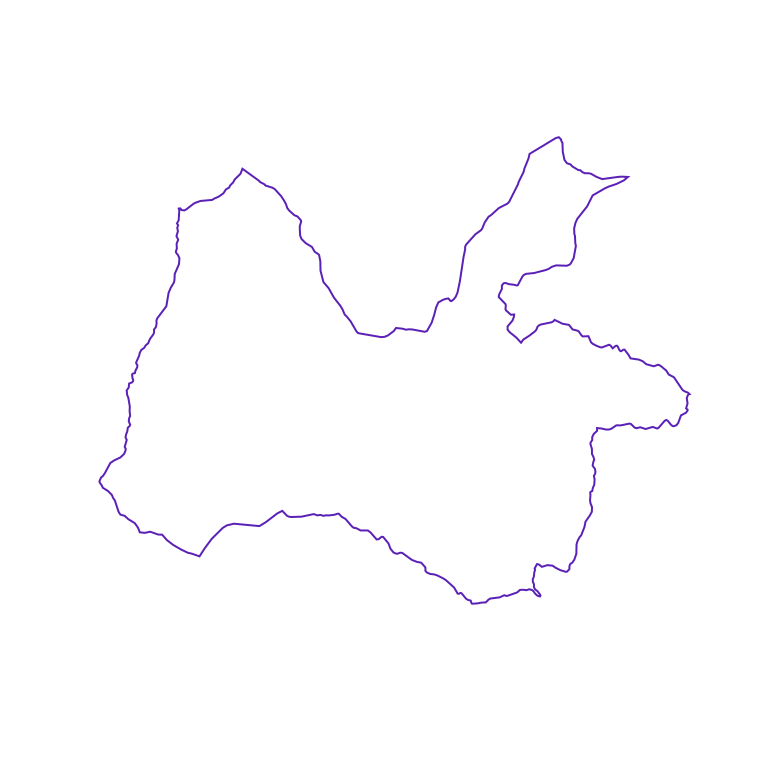 Atahualpa, El Oro, Ecuador, rotated 169°
{"feature_id": "8360857B45777368126824", "entity_name": "Atahualpa", "entity_type": "district", "adm_level": 2, "iso_a3": "ECU", "parent_name": "Ecuador", "parent_adm1": "El Oro", "projection": "orthographic", "projection_center": [-79.756, -3.557], "detail": "fine", "context": "isolated", "style": "outline", "palette": "violet", "viewbox_px": 768, "rotation_deg": 169, "n_neighbors": 0, "source": "geoboundaries", "source_scale": "gbopen_adm2", "svg_char_len": 6152}
<svg xmlns="http://www.w3.org/2000/svg" viewBox="0 0 768 768"><g transform="rotate(169 384 384)"><path d="M334.0,150.8L330.1,150.8L325.7,150.2L322.7,152.3L320.7,153.1L311.2,152.5L306.2,153.7L304.3,152.6L303.3,152.5L293.0,154.0L289.9,155.9L287.1,155.6L283.4,154.4L280.7,154.8L278.3,153.7L277.0,152.4L275.7,149.5L274.4,147.7L273.4,146.6L271.3,145.7L270.8,146.5L270.9,147.3L272.9,151.4L274.5,153.1L275.3,154.6L275.5,156.3L275.0,158.8L275.6,161.2L275.3,163.7L273.7,166.3L272.3,170.7L271.1,172.8L271.4,174.1L268.2,178.0L266.3,177.2L263.9,174.4L258.1,175.0L253.2,173.5L250.4,170.7L246.4,167.6L241.3,164.9L240.1,164.9L237.3,166.9L236.8,169.6L235.9,171.3L235.0,172.1L233.4,172.6L230.8,175.1L227.6,180.6L225.6,189.8L223.8,193.2L221.1,196.5L219.4,197.7L214.5,205.4L212.5,210.4L207.1,215.6L204.4,218.8L203.3,223.4L204.1,227.8L203.9,230.7L202.5,235.7L202.4,237.6L201.9,238.7L200.0,239.2L198.8,242.2L196.9,244.9L195.5,249.9L195.5,253.7L193.8,255.7L193.2,257.5L193.1,260.4L194.8,264.0L193.2,268.0L192.1,269.4L192.3,272.3L193.2,275.7L192.3,280.6L192.8,286.0L192.4,287.1L190.3,289.2L189.8,292.0L187.7,294.9L183.7,297.4L183.3,300.1L179.2,298.9L174.7,296.9L171.8,296.4L169.4,296.7L163.8,299.1L159.5,298.2L150.6,298.3L149.1,297.5L146.4,293.5L144.7,292.5L140.6,292.6L135.8,289.9L128.4,290.6L124.4,288.2L122.7,288.7L115.4,294.4L113.7,294.8L112.5,293.8L110.0,289.1L108.6,287.6L107.7,287.3L104.9,287.7L102.7,289.5L98.5,296.5L93.0,298.2L91.0,300.1L90.9,301.0L92.1,302.4L89.7,307.1L89.5,312.4L87.9,315.0L86.7,315.8L86.1,315.8L87.3,317.5L90.7,319.7L92.2,321.4L98.1,335.3L102.7,339.0L104.3,343.2L108.5,348.4L110.1,350.0L111.6,350.6L115.7,349.9L122.8,353.4L125.6,356.9L129.1,359.3L137.1,362.1L138.3,365.7L141.3,371.8L142.6,372.0L144.8,371.0L145.6,371.1L146.5,372.6L147.5,376.5L148.2,377.2L149.3,377.2L152.7,375.4L154.3,378.5L155.6,379.6L163.0,378.3L164.7,378.8L168.4,381.2L171.5,383.7L172.8,385.4L174.2,391.9L179.9,392.8L181.0,394.3L182.8,398.5L184.2,399.6L188.5,401.6L191.1,406.7L197.3,409.1L204.3,414.4L205.8,413.2L207.9,412.6L218.6,412.5L220.7,412.0L222.3,411.0L224.1,408.2L225.9,406.8L231.9,403.8L238.6,401.1L241.6,398.4L245.3,404.4L250.7,410.8L252.3,413.7L251.7,417.0L245.8,421.7L243.7,425.1L243.0,427.4L246.3,427.8L250.1,432.9L250.5,434.2L249.4,438.0L249.5,439.3L254.8,447.5L253.7,450.2L250.1,454.9L249.5,458.2L247.4,460.0L245.4,460.0L242.4,458.2L237.9,456.8L234.7,455.3L233.8,455.5L227.5,463.2L226.1,464.3L223.5,465.0L215.7,464.3L203.5,465.0L200.3,465.6L196.9,467.0L192.4,467.6L182.0,465.2L178.9,465.8L177.4,467.0L173.8,471.4L169.3,482.9L169.3,486.1L168.3,492.9L168.5,495.0L167.7,500.4L165.2,505.8L162.7,509.3L150.8,519.5L143.2,529.3L129.9,533.9L125.8,534.9L117.6,536.0L109.7,538.1L105.1,540.7L111.1,542.2L114.4,542.6L130.7,543.5L135.8,546.7L140.6,550.8L142.4,551.7L146.7,552.6L148.8,554.1L150.4,556.3L152.4,556.9L157.8,561.8L158.8,563.8L162.3,565.8L164.1,569.7L164.2,577.8L162.8,586.7L163.6,588.8L163.5,590.2L165.3,592.9L168.6,592.6L197.2,582.1L199.2,577.7L205.1,568.6L206.6,565.4L213.3,556.6L214.5,554.3L226.5,538.8L228.5,537.5L237.7,534.8L247.0,529.2L249.4,528.3L254.3,523.4L258.1,517.6L259.8,516.3L265.8,513.5L277.0,505.0L278.3,502.9L278.6,500.8L281.6,493.7L289.9,470.4L294.4,459.7L297.0,455.9L299.6,453.7L302.1,452.5L302.9,452.9L304.5,455.7L306.7,455.8L310.1,455.4L315.1,453.7L318.2,449.3L321.3,442.7L325.6,435.0L331.7,427.8L334.1,427.5L345.7,432.1L349.3,433.0L352.0,433.1L355.4,434.8L361.5,436.7L364.3,434.1L370.9,430.9L374.4,430.2L377.7,430.5L398.8,438.5L400.1,439.3L401.1,441.2L404.7,451.6L408.0,457.9L409.3,459.5L410.6,465.6L412.0,469.2L416.6,478.2L420.1,488.7L424.0,495.6L424.7,507.4L423.1,516.5L423.1,522.9L423.5,523.8L426.8,527.0L428.6,532.3L434.0,537.2L437.3,542.1L438.0,545.6L437.0,552.8L436.5,555.1L434.4,559.1L434.3,560.5L437.0,565.0L439.8,566.8L444.1,572.5L445.4,575.3L445.9,579.2L447.0,582.8L449.1,588.0L454.0,596.1L456.1,598.0L462.6,601.5L463.0,602.6L467.3,606.1L467.8,607.2L481.9,622.3L484.8,617.7L491.6,613.2L493.6,610.7L497.1,608.3L498.5,606.4L502.0,605.2L505.3,601.8L510.4,599.5L515.2,598.4L517.6,597.5L529.2,598.7L534.5,597.9L536.3,597.4L544.6,593.2L546.9,592.5L549.5,593.4L550.5,595.3L552.0,595.4L551.8,593.5L554.3,583.9L556.6,581.1L555.8,579.2L557.2,576.6L557.1,573.4L559.5,568.8L558.5,564.9L560.8,561.3L561.5,556.5L563.1,553.6L562.9,552.2L561.6,549.8L560.8,546.5L562.4,540.7L568.4,532.0L569.9,525.9L570.9,523.7L575.1,519.0L578.1,514.5L582.8,501.9L594.2,491.6L595.3,489.6L595.7,486.7L596.6,484.4L597.3,483.1L599.3,481.5L599.9,478.4L601.0,476.7L605.3,472.7L607.7,469.0L610.4,467.5L612.7,465.1L615.7,463.8L617.8,461.2L619.0,458.4L623.1,452.6L623.3,451.7L622.5,449.5L623.1,447.4L625.4,444.6L626.5,442.2L628.8,442.1L629.5,441.3L629.8,437.8L629.4,435.7L629.7,434.9L630.9,433.7L634.1,433.1L635.3,429.2L637.8,426.8L638.2,422.2L637.6,419.3L637.8,410.5L638.9,405.9L639.3,401.1L640.8,398.8L641.7,395.9L640.9,392.5L641.6,391.4L643.8,390.0L645.2,386.1L646.7,383.9L647.7,381.6L647.9,380.6L647.2,378.2L650.5,371.8L649.9,369.5L650.6,367.7L652.4,365.0L656.8,362.2L663.4,360.5L667.7,358.7L674.9,349.9L677.4,347.4L679.7,346.1L681.9,342.8L681.8,341.3L680.4,338.3L679.8,335.8L675.1,331.3L672.3,327.0L671.7,324.0L670.4,320.9L669.0,309.6L668.1,306.9L667.2,305.8L663.8,304.1L660.6,299.9L655.2,295.0L652.9,289.9L652.0,285.0L647.2,283.5L641.7,283.6L634.4,279.3L630.5,278.4L626.9,272.2L621.7,266.3L614.7,260.2L608.8,255.8L604.8,254.0L598.0,250.0L591.3,257.0L582.6,264.9L569.9,273.4L565.3,275.2L558.0,275.5L533.4,268.3L526.4,270.9L513.5,277.3L508.1,278.9L504.2,273.0L502.4,271.8L500.3,271.1L490.2,269.5L477.7,269.7L474.6,267.8L471.3,267.6L468.5,266.1L466.1,266.2L463.0,265.5L457.7,265.1L454.3,265.5L453.1,265.3L451.0,261.9L447.5,258.8L442.7,250.4L441.4,248.8L438.5,247.6L434.9,244.7L427.8,243.3L425.5,240.8L420.9,232.8L418.8,232.7L415.5,234.5L414.0,234.0L410.0,226.6L409.1,221.1L406.9,216.9L404.9,215.4L403.2,214.8L400.3,215.3L398.3,214.7L390.2,206.0L385.6,203.1L381.6,201.5L378.7,196.7L378.4,195.6L379.0,192.8L378.1,191.0L374.9,188.7L371.0,187.5L368.2,185.9L363.0,181.9L360.7,179.7L354.0,170.8L351.7,164.2L350.8,163.8L348.7,164.3L347.8,163.8L344.5,157.7L342.9,156.1L340.2,154.8L340.0,152.3L339.5,151.5L334.0,150.8Z" fill="none" stroke="#5b21b6" stroke-width="2"/></g></svg>